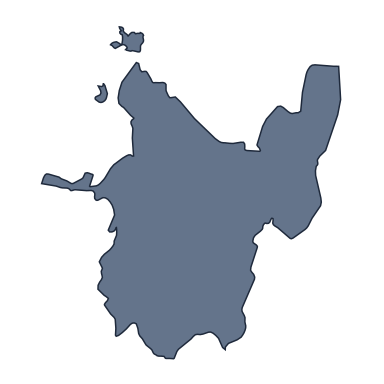 SVG path tracing the border of Benshangul-Gumaz, rotated 179°
{"feature_id": "ETH-3132", "entity_name": "Benshangul-Gumaz", "entity_type": "Administrative State", "adm_level": 1, "iso_a3": "ETH", "parent_name": "Ethiopia", "parent_adm1": "", "projection": "orthographic", "projection_center": [35.827, 10.412], "detail": "fine", "context": "isolated", "style": "filled", "palette": "slate", "viewbox_px": 384, "rotation_deg": 179, "n_neighbors": 0, "source": "natural_earth", "source_scale": "10m", "svg_char_len": 4979}
<svg xmlns="http://www.w3.org/2000/svg" viewBox="0 0 384 384"><g transform="rotate(179 192 192)"><path d="M118.9,159.6L120.0,159.4L121.3,157.7L121.9,155.9L121.9,154.7L122.4,153.5L124.2,151.7L129.6,147.6L131.3,145.1L132.1,141.6L131.6,140.1L128.6,137.9L127.6,136.6L127.7,135.4L134.4,115.9L134.8,112.7L133.5,110.6L131.8,108.6L130.8,105.8L131.1,103.6L143.8,75.6L144.2,73.6L144.0,71.7L141.9,67.5L141.2,65.4L141.4,61.2L140.6,57.3L140.7,55.2L141.4,52.8L142.5,50.3L143.9,48.0L145.4,46.0L149.3,43.5L151.5,42.6L158.2,40.0L161.2,36.6L161.4,35.6L161.5,33.8L164.1,36.0L168.0,45.2L170.7,48.2L173.3,50.4L175.6,51.6L177.8,51.6L183.4,49.8L186.3,49.3L189.0,49.6L191.1,49.3L193.2,47.6L195.6,45.0L208.3,35.0L209.9,32.8L212.7,26.1L213.3,25.6L217.5,26.0L220.5,26.0L221.5,26.2L221.8,26.7L222.8,28.1L225.3,28.4L228.1,28.5L229.8,28.9L230.2,29.4L232.7,30.8L233.6,32.0L234.8,34.7L236.1,36.1L240.3,39.6L240.8,40.2L244.2,46.1L246.7,49.0L247.8,51.4L248.5,56.6L250.0,61.2L252.0,62.1L254.0,61.9L255.9,60.7L260.1,56.2L264.1,52.7L267.9,49.9L270.3,49.1L271.0,50.2L270.5,57.0L271.0,66.1L272.1,68.0L275.5,71.5L281.4,80.4L281.5,81.2L280.4,82.9L278.4,84.9L277.5,87.1L279.9,89.1L281.6,90.2L287.7,96.4L287.5,100.4L285.9,103.5L284.1,105.9L283.1,108.2L283.4,110.1L283.9,112.2L284.1,114.3L283.3,116.1L282.9,117.4L285.9,123.8L283.5,128.3L280.7,131.3L275.5,135.3L273.9,137.0L272.2,139.1L270.9,141.2L270.7,142.9L270.7,144.2L268.2,150.0L268.0,153.0L268.0,155.9L268.2,157.8L268.5,157.7L269.4,155.6L270.8,154.2L272.7,153.5L275.0,153.5L276.4,155.3L269.8,170.3L270.6,176.0L272.1,180.3L274.1,183.6L276.3,186.2L278.8,187.7L281.2,187.9L286.1,185.5L287.2,185.3L288.4,185.8L289.4,187.3L289.5,189.0L289.2,190.8L289.3,192.6L290.7,194.6L292.7,195.3L297.3,195.2L308.8,196.3L309.7,196.2L312.2,195.5L313.1,195.5L313.7,196.0L314.2,196.7L314.9,197.3L315.8,197.8L316.9,198.1L321.6,198.4L323.6,198.8L327.7,200.3L342.2,203.0L341.0,206.5L340.3,208.6L339.3,210.5L338.3,211.9L337.0,212.6L335.1,212.4L324.7,209.2L322.5,207.5L317.0,205.3L312.6,202.6L310.9,202.5L302.0,207.0L300.7,208.1L298.5,212.7L296.4,213.1L294.6,212.6L293.0,211.9L291.1,211.3L290.6,210.7L290.9,209.5L294.3,199.6L293.8,199.1L287.5,199.8L285.5,200.7L283.6,202.2L279.8,206.2L278.4,208.1L273.0,216.8L269.7,220.6L260.7,227.1L256.7,229.4L254.7,230.2L252.8,230.2L251.0,228.9L249.8,229.0L250.7,247.0L250.0,256.6L250.6,258.7L251.7,261.2L251.8,263.2L250.9,264.9L249.0,266.4L248.9,267.0L252.0,269.7L258.9,277.7L260.6,278.8L263.5,281.8L264.2,287.4L262.9,294.8L260.1,303.0L245.4,322.4L243.1,321.4L241.7,315.1L240.1,313.1L236.9,313.5L235.7,313.3L234.7,312.1L231.1,305.7L230.3,303.7L229.5,302.3L228.5,301.9L226.5,302.0L222.6,301.8L219.6,302.0L218.4,301.8L217.1,301.2L216.1,299.9L216.2,294.2L215.9,293.0L214.0,288.6L212.6,286.7L211.2,286.7L207.0,287.3L202.0,282.3L188.3,265.4L168.0,245.1L164.2,242.2L162.1,241.1L160.0,240.7L158.2,240.6L153.4,240.0L150.1,239.8L142.3,240.9L139.6,240.8L138.5,239.1L138.4,236.6L138.6,234.1L138.0,233.0L136.3,232.5L123.5,231.5L122.9,232.4L123.9,234.8L125.3,236.3L126.2,237.9L120.2,256.4L116.3,263.6L105.0,275.9L101.8,276.3L99.2,274.8L94.6,270.7L92.2,269.1L90.4,268.7L86.6,269.4L84.4,269.4L81.9,270.9L79.8,289.8L75.8,307.5L75.0,309.9L74.1,311.8L73.0,313.5L71.6,315.4L69.6,316.7L66.8,317.0L47.9,315.2L43.2,315.1L42.1,289.6L41.8,281.7L45.0,266.6L57.7,231.2L63.6,225.7L65.9,222.3L66.1,221.1L65.7,218.6L65.8,217.5L66.1,216.9L67.0,215.9L67.4,215.3L68.2,211.0L68.1,206.4L63.3,183.8L62.9,179.6L63.7,176.0L72.4,163.7L76.4,156.1L78.0,154.0L79.7,152.5L91.9,144.1L93.6,143.5L94.8,144.0L106.9,154.8L109.9,156.7L111.2,157.9L111.8,159.5L111.4,162.5L111.5,164.0L112.6,164.4L113.4,163.6L114.8,160.5L116.0,159.4L117.7,159.2L118.9,159.6ZM243.4,333.0L247.7,334.1L249.5,334.4L250.6,333.9L251.9,334.1L253.3,334.5L254.9,334.9L255.2,335.2L255.5,335.4L255.9,335.5L254.9,336.6L254.3,337.1L254.3,337.6L255.1,338.8L256.3,339.9L257.6,340.5L258.9,340.5L260.1,340.0L259.3,342.0L258.8,345.0L258.7,348.2L259.0,350.4L260.4,351.0L261.4,352.3L261.3,353.7L259.9,354.4L261.1,356.2L261.6,357.2L261.8,358.4L259.9,358.1L259.0,357.8L258.3,357.3L257.7,356.3L257.7,355.4L257.9,354.7L257.7,353.8L256.7,352.5L254.2,350.6L253.2,349.1L250.7,351.7L249.3,352.6L247.1,352.6L246.7,352.4L246.1,351.5L245.6,351.2L245.2,351.3L244.1,351.5L243.6,351.6L241.7,351.5L241.1,351.7L240.9,352.3L239.8,351.8L238.9,351.3L238.2,350.5L237.7,349.4L238.0,349.0L238.2,348.8L238.2,348.6L238.3,347.3L237.8,344.8L237.9,343.6L238.5,342.3L240.3,340.3L240.9,339.2L241.0,337.7L241.0,335.8L241.2,334.1L241.9,333.1L243.4,333.0ZM281.5,283.1L283.3,283.5L286.6,286.0L287.2,286.8L287.1,288.1L286.4,288.9L282.3,290.7L281.3,292.6L281.6,294.9L283.9,299.6L280.5,299.0L279.2,299.6L278.8,301.8L278.5,301.8L277.2,299.9L274.9,291.8L275.9,287.8L276.5,286.3L277.7,284.8L279.7,283.5L281.5,283.1ZM266.2,336.9L267.4,337.6L269.3,339.8L270.9,340.6L270.1,341.6L269.2,342.3L268.0,342.9L266.8,343.2L265.0,343.5L264.1,343.1L263.2,342.5L261.8,341.7L261.1,341.1L261.0,340.5L261.2,339.8L261.8,339.2L266.2,336.9Z" fill="#64748b" stroke="#1e293b" stroke-width="1.5"/></g></svg>